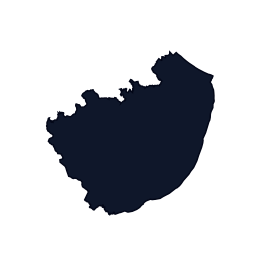 Waimakariri District, Canterbury, New Zealand (Mercator projection), rotated 295°
{"feature_id": "76426892B89827280876957", "entity_name": "Waimakariri District", "entity_type": "district", "adm_level": 2, "iso_a3": "NZL", "parent_name": "New Zealand", "parent_adm1": "Canterbury", "projection": "mercator", "projection_center": [172.332, -43.208], "detail": "fine", "context": "isolated", "style": "filled", "palette": "ink", "viewbox_px": 256, "rotation_deg": 295, "n_neighbors": 0, "source": "geoboundaries", "source_scale": "gbopen_adm2", "svg_char_len": 5821}
<svg xmlns="http://www.w3.org/2000/svg" viewBox="0 0 256 256"><g transform="rotate(295 128 128)"><path d="M103.9,52.5L103.5,52.0L103.0,51.8L100.7,52.3L99.6,52.2L98.4,52.4L96.8,53.3L95.5,53.4L95.0,53.8L94.8,54.3L92.9,55.0L92.0,56.2L91.6,56.5L91.4,56.9L91.4,58.1L90.5,60.2L90.4,62.5L89.1,63.7L87.8,63.6L86.6,62.9L86.0,62.1L85.7,62.1L85.3,61.6L84.6,61.3L82.3,61.5L82.0,62.4L81.2,63.7L81.2,64.8L80.9,65.6L80.8,66.5L81.2,67.5L79.9,68.3L79.0,69.8L77.1,71.5L76.7,72.1L76.4,74.1L75.2,75.2L76.2,78.1L75.3,79.4L75.3,79.8L73.5,81.7L72.2,81.7L70.4,79.7L68.3,81.0L66.9,86.9L65.9,88.4L63.4,90.6L59.2,94.7L59.5,96.6L59.1,98.5L59.1,99.5L59.4,100.2L60.0,100.7L60.3,101.6L60.6,103.2L60.2,104.4L60.1,105.6L60.7,107.0L60.0,108.6L59.3,109.5L57.3,110.2L55.7,111.6L55.3,112.8L55.4,113.9L55.0,114.7L54.6,117.2L53.9,118.2L53.9,118.6L54.1,119.2L44.6,119.1L44.3,119.6L44.1,120.3L44.4,121.2L43.9,121.9L44.1,122.6L44.2,124.2L43.3,124.6L42.8,125.5L42.9,126.3L42.5,126.6L41.7,126.8L40.3,126.5L39.9,126.7L39.8,127.3L40.4,128.0L40.0,128.5L39.9,129.5L39.3,131.0L39.4,131.8L42.3,132.8L44.0,134.0L44.5,133.9L45.2,134.2L46.1,135.8L46.0,136.3L46.3,137.3L47.2,137.4L47.6,137.8L47.4,138.3L46.6,139.0L45.8,138.1L45.5,138.3L45.6,139.1L46.3,139.6L46.5,140.3L44.8,140.7L44.4,141.1L44.2,141.6L43.7,142.1L43.0,143.5L43.8,144.1L43.9,144.9L43.7,145.2L43.2,145.5L42.4,146.7L41.9,146.9L41.7,148.1L42.3,148.3L43.0,148.0L43.5,148.8L43.3,149.4L43.5,150.0L43.8,150.5L45.4,150.4L45.7,150.7L45.8,151.0L45.7,151.3L45.2,151.3L44.6,151.7L44.5,152.5L44.7,153.0L47.8,156.1L48.4,157.0L51.4,160.0L51.6,160.4L51.7,162.9L51.9,163.6L54.4,167.1L58.0,170.3L61.0,172.1L64.0,172.9L65.3,173.9L66.0,173.7L67.8,174.2L69.8,175.4L72.9,178.3L73.4,180.2L75.1,183.0L77.8,186.8L80.7,188.7L86.5,193.1L93.6,196.7L94.5,197.6L97.5,199.0L100.2,199.7L103.9,200.3L111.7,202.6L115.1,203.0L119.9,204.1L127.4,204.2L132.8,203.5L141.5,202.8L146.0,202.0L148.5,201.2L149.8,200.3L156.6,200.2L167.9,198.6L169.6,198.7L172.3,198.0L175.6,196.7L177.9,196.3L182.2,196.3L185.6,194.8L188.2,194.8L189.1,194.5L191.1,193.3L193.6,192.2L196.7,190.5L198.7,189.3L200.7,187.1L202.7,185.5L204.1,183.2L205.0,183.0L206.3,183.2L207.5,182.9L208.6,183.2L211.0,183.0L211.1,181.0L210.9,179.3L210.6,178.4L210.5,173.5L210.8,166.9L211.3,162.4L211.5,162.3L212.5,155.7L213.1,153.0L214.2,148.7L215.3,145.5L215.9,142.2L216.7,139.8L212.7,138.2L214.5,133.8L212.4,134.6L210.7,133.8L209.3,131.2L207.6,132.1L207.2,131.2L207.4,130.0L206.9,128.7L203.6,129.9L203.3,129.3L203.8,126.7L200.0,125.9L199.9,126.6L197.8,126.2L197.6,125.9L197.0,126.1L194.9,125.9L193.8,124.8L192.2,124.5L191.6,124.7L190.9,125.4L190.5,126.5L190.2,126.4L189.4,128.3L189.3,128.2L188.9,130.7L188.1,132.4L187.3,132.2L185.2,135.0L185.7,135.6L185.7,135.9L185.5,135.7L185.1,135.9L184.9,135.7L184.8,136.0L185.3,136.1L185.1,136.7L185.4,136.8L184.8,138.9L183.1,138.7L181.7,139.0L180.9,138.4L179.6,138.6L179.5,137.6L179.3,136.9L178.4,135.8L177.8,134.3L176.5,134.3L176.3,134.0L176.2,133.7L177.0,133.2L176.7,132.6L176.9,132.0L176.0,131.3L175.8,129.9L173.2,128.2L173.5,127.2L171.4,126.5L171.9,126.1L172.1,125.6L171.8,125.5L171.9,125.2L171.7,124.6L172.0,123.7L171.9,123.3L171.7,123.1L171.7,122.6L171.3,121.5L171.3,121.0L171.5,120.9L171.3,120.7L171.6,120.4L171.4,120.3L171.6,119.5L172.7,118.8L173.4,118.0L174.3,117.4L173.4,115.9L172.9,115.6L171.9,114.1L172.2,113.9L172.1,113.3L172.3,113.4L172.9,111.3L173.1,111.1L173.0,110.0L170.9,109.7L170.6,110.8L170.8,111.0L170.6,111.6L170.2,111.9L170.4,112.1L169.6,112.5L169.8,112.8L169.4,113.0L169.0,113.6L169.3,114.1L168.8,114.3L168.8,114.5L168.5,114.5L168.3,114.8L167.9,114.8L167.6,115.2L167.7,115.5L166.8,116.0L166.6,115.7L165.7,115.6L165.5,115.8L165.7,116.0L165.4,116.2L164.6,116.1L164.4,116.2L164.4,116.6L164.0,116.4L163.3,116.9L162.8,116.8L162.3,117.0L162.5,116.6L162.3,116.4L162.6,116.0L162.4,115.5L162.8,114.9L162.7,114.8L163.0,114.7L163.0,114.4L163.7,113.7L163.7,113.3L160.1,113.1L160.1,110.9L161.1,110.6L161.5,110.2L162.6,110.2L162.6,109.9L162.8,109.9L162.9,109.5L162.3,109.1L161.7,108.3L161.0,108.3L161.1,107.5L159.5,107.6L159.3,107.1L160.7,105.4L159.7,104.3L159.6,105.1L158.6,106.2L158.6,106.6L157.7,107.1L155.2,107.1L154.5,108.2L155.5,108.6L155.8,109.2L156.1,109.4L154.3,110.8L153.4,113.5L151.6,113.1L151.6,113.3L151.2,113.2L151.2,113.4L150.1,112.3L147.1,111.1L147.6,111.0L148.0,110.4L148.1,109.9L148.3,109.5L148.2,108.1L148.5,107.3L149.0,107.1L149.6,104.8L150.2,104.4L149.9,103.2L149.2,103.3L148.8,102.9L147.4,99.4L147.5,99.1L147.3,98.0L146.7,98.0L146.4,98.4L145.9,98.6L145.8,97.3L146.0,96.9L146.1,96.0L144.9,93.5L144.5,93.1L143.9,91.4L142.9,90.2L142.8,88.9L145.2,86.8L145.8,85.3L145.9,84.3L145.7,83.8L147.2,80.6L147.8,80.2L147.6,79.8L147.0,79.3L146.6,78.2L145.6,78.0L145.5,77.5L145.0,77.0L145.0,76.6L144.9,76.5L144.8,76.0L144.5,75.9L144.4,75.7L144.5,75.5L144.1,75.4L143.9,75.0L143.9,74.6L143.4,74.4L143.2,74.5L143.1,74.2L141.8,73.8L140.8,73.0L139.7,72.6L139.2,72.8L138.2,72.4L137.5,73.0L136.9,75.0L136.6,74.9L136.4,75.2L136.6,75.9L136.4,76.9L134.3,78.6L132.9,80.5L131.5,80.9L130.4,80.2L128.9,79.6L128.2,79.0L127.1,76.8L127.0,76.3L127.2,75.8L127.9,75.1L128.4,74.0L128.1,73.4L127.9,71.1L127.7,70.8L126.6,71.0L125.8,71.5L125.0,72.7L123.3,73.8L122.4,74.1L120.4,73.9L118.9,74.3L118.4,74.2L117.8,73.2L116.6,72.4L115.5,72.1L114.2,71.4L113.6,70.7L113.2,67.6L111.6,66.8L111.4,66.3L111.6,65.3L112.2,64.2L113.0,63.6L114.2,63.4L114.5,63.1L114.3,62.1L113.7,61.5L113.9,61.1L113.4,60.7L113.5,59.9L112.9,60.4L112.8,59.6L112.5,59.3L112.4,60.2L112.2,60.3L112.0,60.2L111.8,59.6L112.0,59.1L112.2,58.9L112.3,58.5L111.7,59.0L110.7,58.7L110.4,59.2L109.3,59.6L108.3,60.1L106.4,59.9L105.8,60.3L105.5,60.1L105.2,60.1L104.1,58.1L103.2,57.7L102.5,56.7L101.9,56.6L101.6,57.5L101.4,57.6L101.3,56.8L100.9,56.4L101.0,55.4L101.3,55.3L102.1,55.7L102.1,55.3L101.7,54.9L102.0,54.5L102.3,53.5L102.9,52.6L103.9,52.5Z" fill="#0f172a" stroke="#020617" stroke-width="1.5"/></g></svg>